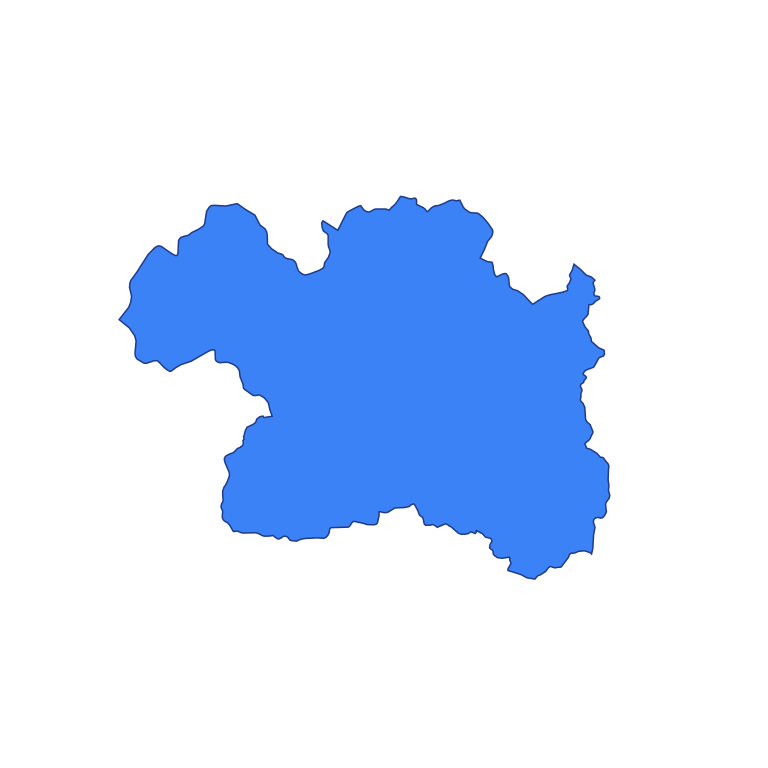 outline of Binh Lieu, Quảng Ninh, Vietnam, rotated 215°
{"feature_id": "81297802B53696601888295", "entity_name": "Binh Lieu", "entity_type": "district", "adm_level": 2, "iso_a3": "VNM", "parent_name": "Vietnam", "parent_adm1": "Quảng Ninh", "projection": "robinson", "projection_center": [107.427, 21.551], "detail": "fine", "context": "isolated", "style": "filled", "palette": "blue", "viewbox_px": 768, "rotation_deg": 215, "n_neighbors": 0, "source": "geoboundaries", "source_scale": "gbopen_adm2", "svg_char_len": 6171}
<svg xmlns="http://www.w3.org/2000/svg" viewBox="0 0 768 768"><g transform="rotate(215 384 384)"><path d="M637.9,284.8L624.9,283.9L616.0,280.6L611.7,277.0L606.2,267.4L605.2,265.9L603.3,263.9L600.3,262.8L593.2,263.3L592.1,263.6L590.4,264.8L585.7,271.1L583.1,273.1L579.7,272.7L573.5,271.4L569.5,271.2L566.6,271.5L565.7,272.5L564.0,277.8L561.5,283.3L555.0,292.1L547.1,309.0L545.3,312.3L542.9,314.5L541.4,314.3L536.3,307.5L535.5,306.9L534.0,306.6L532.7,306.6L530.8,307.2L525.8,311.3L523.3,312.6L518.7,313.6L516.1,313.7L513.4,313.4L510.2,312.0L505.9,307.2L499.4,303.0L496.7,300.0L495.2,299.6L484.8,299.5L483.0,300.5L480.0,303.4L479.3,303.6L474.1,304.0L468.6,302.5L467.1,301.5L462.7,297.4L457.1,293.5L463.0,287.7L463.4,287.6L464.8,288.3L467.0,285.9L468.1,282.2L467.2,279.3L467.5,277.4L468.3,275.5L471.4,270.0L470.8,266.0L469.1,261.7L468.9,260.3L467.0,258.5L467.1,256.7L465.4,255.0L464.8,253.7L464.6,251.9L465.4,250.5L465.2,250.0L466.8,247.5L467.3,245.9L467.6,243.3L468.3,241.0L470.4,238.0L471.8,235.3L472.4,233.5L471.9,231.0L469.1,228.4L460.1,222.8L458.4,220.8L457.8,219.5L456.3,213.8L455.8,210.0L455.9,207.8L454.8,204.0L453.0,201.2L449.0,196.4L448.4,194.3L448.4,193.0L447.3,190.2L445.9,189.0L443.2,187.3L440.3,182.4L439.1,181.2L437.7,180.6L436.4,180.3L432.0,180.5L429.3,179.8L423.2,176.9L422.6,176.9L419.5,179.5L415.3,180.4L413.7,181.3L403.8,188.5L401.8,189.3L396.0,190.2L394.3,191.0L390.3,194.0L388.1,196.2L383.0,196.0L381.2,196.7L379.8,199.2L379.4,201.1L377.3,202.9L374.9,203.3L371.7,202.2L370.9,202.2L366.3,204.6L365.3,205.3L363.8,208.1L361.8,210.5L359.3,212.8L350.4,219.7L345.1,222.9L343.6,224.8L343.2,227.8L343.6,230.5L345.3,234.1L345.3,235.3L344.8,236.1L331.1,246.3L330.6,247.8L330.7,252.4L330.4,253.4L329.6,254.4L320.2,258.3L317.4,259.0L311.6,262.8L310.0,264.6L309.7,265.9L310.0,267.2L312.6,273.5L314.6,276.2L314.5,276.9L310.5,278.5L308.7,279.6L307.0,281.7L304.0,288.7L296.8,294.2L293.9,297.1L293.0,298.4L292.5,300.7L291.1,302.7L289.8,302.8L283.2,299.4L280.9,297.6L279.3,296.9L276.4,296.9L275.1,296.5L270.7,292.4L269.1,292.1L264.9,295.1L263.7,296.6L262.4,297.2L259.3,297.3L258.2,297.1L253.4,304.8L251.4,305.3L249.8,305.1L247.0,305.5L237.3,304.4L234.7,305.2L231.8,307.1L229.2,309.7L228.4,312.2L227.3,313.0L223.5,313.8L223.4,315.4L224.3,316.8L224.3,317.2L221.9,317.0L221.2,317.7L220.5,317.8L219.9,317.3L217.9,317.9L213.0,316.8L208.0,318.7L205.8,317.6L205.3,316.6L205.0,313.2L203.7,310.5L202.9,310.1L199.8,310.0L199.0,309.7L196.8,307.3L195.2,306.9L191.5,306.8L187.3,309.0L181.8,314.2L180.1,312.0L177.1,309.9L176.5,304.1L175.6,302.3L162.7,306.4L156.0,307.2L148.5,310.7L148.1,314.9L146.2,317.9L144.1,323.2L144.0,327.7L143.3,329.6L142.6,330.2L140.4,330.7L138.3,331.6L136.3,333.7L134.5,335.0L133.9,336.0L133.5,347.7L134.3,350.9L133.5,352.8L131.0,354.8L128.5,358.7L124.0,362.4L119.4,363.8L117.8,364.0L116.5,363.8L118.6,369.0L125.7,380.5L129.0,387.7L133.0,390.7L133.7,391.6L134.3,393.3L134.3,394.2L133.9,395.4L132.7,397.2L129.8,398.3L128.5,399.5L127.9,401.5L127.9,403.2L128.5,406.9L133.0,411.9L133.8,413.2L134.1,414.6L134.1,419.9L135.2,422.3L139.1,425.6L141.4,429.7L145.4,434.0L150.5,441.8L152.3,445.1L152.9,446.0L155.0,447.3L159.5,448.4L161.9,449.4L162.7,449.3L164.7,448.1L169.7,449.3L170.8,449.3L177.5,448.9L181.3,447.7L185.3,450.5L184.0,455.1L183.8,457.5L184.6,461.0L184.7,463.0L185.5,464.8L191.7,468.9L196.2,469.4L198.6,470.7L206.2,480.1L210.2,482.4L212.5,482.7L213.9,483.4L215.6,486.9L217.2,489.2L218.0,492.1L219.2,493.4L221.1,494.2L222.4,495.8L222.5,496.8L221.4,499.6L222.1,501.9L221.7,504.2L221.9,505.4L222.9,506.0L226.3,506.2L226.7,506.5L226.9,507.4L226.9,509.8L226.1,511.9L222.1,517.7L221.9,518.5L222.3,523.4L223.0,528.1L222.6,529.4L220.4,532.6L220.3,534.5L222.2,537.1L223.2,537.9L229.0,536.8L238.3,537.8L240.8,540.4L244.7,542.3L247.2,544.7L252.1,546.1L256.9,548.9L257.4,549.7L257.5,551.6L256.8,556.6L257.0,558.4L261.6,566.5L259.8,567.8L258.7,569.6L258.1,573.2L256.6,576.7L256.5,578.0L257.8,578.9L258.9,578.7L261.4,577.2L263.7,577.8L264.2,578.8L265.0,581.6L265.7,582.6L270.7,586.7L271.0,587.9L270.7,590.0L275.5,590.6L280.9,589.2L288.9,590.6L297.1,591.1L295.1,585.2L294.5,579.9L294.2,579.2L291.6,577.7L291.0,576.8L290.2,573.4L290.1,569.1L287.7,566.8L287.4,565.9L288.1,564.7L291.1,560.8L299.4,552.1L301.4,549.5L302.6,547.6L307.8,535.0L308.3,534.5L321.2,537.2L328.2,537.0L333.0,535.4L336.4,535.8L337.8,536.6L342.6,542.2L344.8,543.7L347.1,544.4L348.3,543.9L349.0,543.2L350.4,541.4L352.9,536.8L353.6,536.5L355.9,537.0L360.3,540.8L361.9,542.9L365.1,545.6L365.9,545.5L368.9,543.8L370.8,543.3L377.4,542.3L378.9,551.8L380.9,560.3L380.5,565.2L380.7,567.6L381.7,570.4L383.0,572.1L384.1,572.8L391.5,575.5L398.3,577.3L403.9,577.8L405.3,577.7L410.6,574.4L412.9,573.7L418.0,573.7L420.4,574.3L427.3,578.1L429.8,575.6L433.1,574.2L434.1,573.4L436.2,570.7L438.2,566.8L441.8,561.4L444.0,559.5L445.1,558.1L446.3,555.1L447.2,550.4L447.6,550.0L448.2,549.9L450.3,550.8L452.9,551.0L460.4,549.8L462.6,553.1L463.7,553.9L464.9,554.1L465.5,553.9L467.9,551.2L470.5,550.0L474.8,548.7L478.1,547.1L477.8,540.7L478.1,536.6L479.1,533.1L479.5,529.3L482.9,528.4L490.4,523.1L492.0,521.7L494.5,516.8L495.1,516.2L497.6,515.1L500.6,515.1L505.4,516.7L506.9,514.9L509.7,509.7L512.7,503.6L512.6,501.1L510.0,483.4L527.6,482.7L527.4,480.1L524.4,476.7L521.5,474.6L516.6,474.5L515.0,473.7L510.1,466.7L508.3,464.7L504.6,462.2L503.3,460.2L502.2,455.8L502.2,449.3L500.5,445.8L500.5,443.6L502.2,440.1L507.2,432.7L509.9,429.2L511.0,428.2L513.0,427.4L514.8,427.2L518.5,427.4L521.9,429.6L525.1,432.2L527.0,433.1L529.1,433.5L531.3,433.0L535.1,431.2L536.7,430.8L538.6,430.8L540.8,431.7L542.2,431.7L546.3,430.4L553.7,430.3L558.9,431.5L559.9,432.1L565.2,439.2L567.5,441.4L570.6,442.9L576.8,443.1L586.6,448.3L598.3,447.5L607.3,447.6L608.2,447.1L615.6,439.1L625.1,433.3L627.5,431.4L628.2,430.3L628.6,428.3L628.4,423.7L622.8,412.3L622.6,409.9L624.8,404.1L628.2,398.1L629.7,393.5L633.4,389.2L634.2,387.8L634.6,386.8L634.7,384.5L634.5,383.6L627.6,372.6L627.3,372.0L627.5,370.5L628.0,369.9L629.0,369.5L632.5,369.0L645.2,369.0L647.7,368.0L649.1,366.3L650.1,363.4L651.5,354.8L650.6,333.6L650.8,323.5L650.2,321.4L648.0,317.3L641.1,311.1L638.4,305.7L637.1,300.5L637.9,284.8Z" fill="#3b82f6" stroke="#1e3a8a" stroke-width="1.5"/></g></svg>